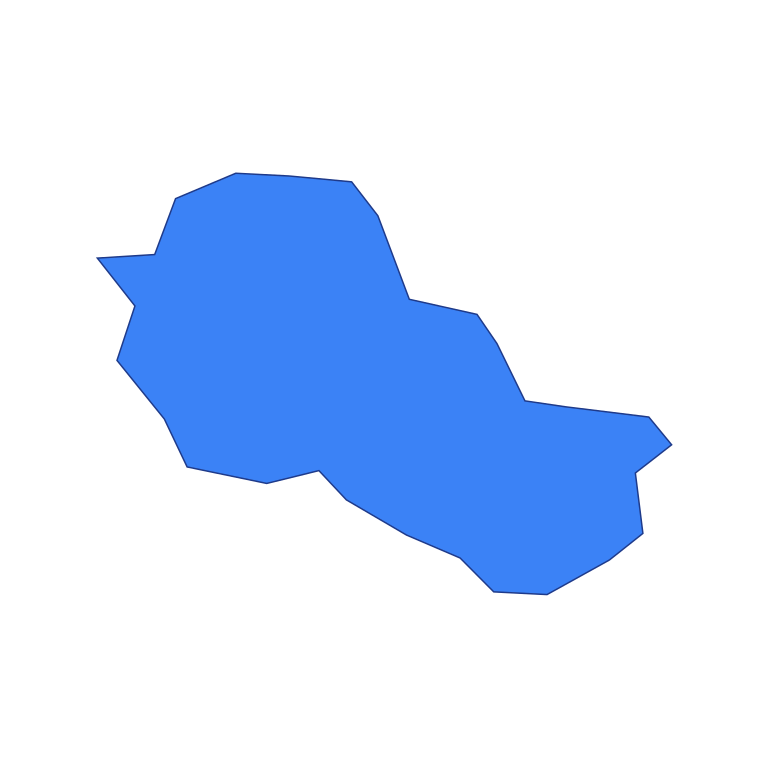 outline of Ergates, Nicosia, Cyprus, rotated 151°
{"feature_id": "46923920B33096207211340", "entity_name": "Ergates", "entity_type": "district", "adm_level": 2, "iso_a3": "CYP", "parent_name": "Cyprus", "parent_adm1": "Nicosia", "projection": "equal_earth", "projection_center": [33.23, 35.064], "detail": "fine", "context": "isolated", "style": "filled", "palette": "blue", "viewbox_px": 768, "rotation_deg": 151, "n_neighbors": 0, "source": "geoboundaries", "source_scale": "gbopen_adm2", "svg_char_len": 519}
<svg xmlns="http://www.w3.org/2000/svg" viewBox="0 0 768 768"><g transform="rotate(151 384 384)"><path d="M606.1,534.1L593.1,459.9L596.4,406.9L534.8,353.9L482.9,339.8L473.1,300.9L437.5,240.9L401.8,194.9L388.8,149.0L343.5,120.8L272.1,120.8L230.0,127.8L207.3,184.3L161.9,191.4L168.4,226.7L236.5,276.2L268.9,300.9L265.6,364.5L268.9,399.8L320.8,445.8L307.8,534.1L314.3,576.5L366.1,611.9L411.5,640.2L476.4,647.2L521.8,608.4L573.7,633.1L564.0,573.0L606.1,534.1Z" fill="#3b82f6" stroke="#1e3a8a" stroke-width="1.5"/></g></svg>